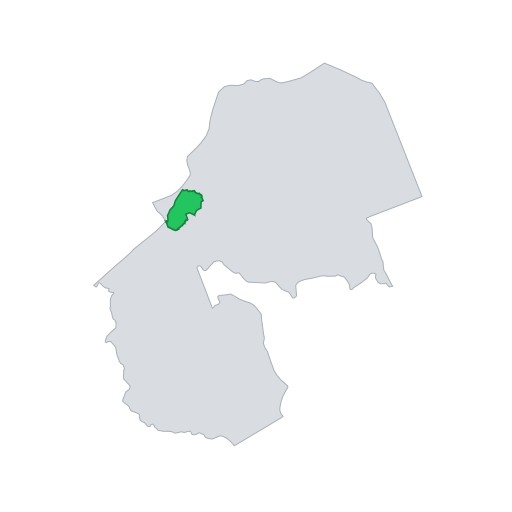 Rufunsa, Lusaka, Zambia (highlighted), rotated 159°
{"feature_id": "96606910B83885559265483", "entity_name": "Rufunsa", "entity_type": "district", "adm_level": 2, "iso_a3": "ZMB", "parent_name": "Zambia", "parent_adm1": "Lusaka", "projection": "robinson", "projection_center": [29.511, -15.164], "detail": "fine", "context": "in_parent", "style": "filled", "palette": "green", "viewbox_px": 512, "rotation_deg": 159, "n_neighbors": 0, "source": "geoboundaries", "source_scale": "gbopen_adm2", "svg_char_len": 7970}
<svg xmlns="http://www.w3.org/2000/svg" viewBox="0 0 512 512"><g transform="rotate(159 256 256)"><path d="M333.4,342.9L313.4,342.9L306.1,344.7L300.1,347.5L293.0,351.8L288.9,354.7L287.7,356.4L287.2,360.1L287.2,365.7L286.5,369.7L284.3,373.5L273.5,378.0L266.4,381.6L259.5,386.0L254.2,391.6L250.6,398.6L244.7,407.2L232.2,422.5L225.0,425.4L219.0,424.7L211.7,421.5L205.8,420.9L201.6,422.9L197.6,422.3L193.9,419.1L190.9,417.9L188.4,418.8L185.2,418.6L179.4,416.9L174.4,411.4L171.7,409.1L169.6,408.3L163.6,407.4L149.9,406.1L135.7,408.8L123.1,411.6L110.3,399.4L97.9,386.5L95.3,383.2L90.6,378.9L87.2,376.8L85.9,375.7L82.5,364.2L80.6,353.6L79.7,252.0L135.9,252.0L139.5,251.6L139.7,250.5L137.1,245.0L137.2,243.1L137.9,239.4L140.3,232.1L140.4,229.6L139.3,221.6L139.3,217.1L139.9,208.1L139.5,205.0L140.8,201.0L141.3,198.3L141.8,197.1L141.1,194.0L139.9,183.2L139.3,178.7L142.6,179.4L143.8,181.6L144.4,184.0L146.0,184.2L150.0,185.6L151.4,187.6L152.3,191.9L151.8,194.1L150.5,195.9L151.8,197.5L154.5,198.6L156.0,198.2L160.5,195.3L164.7,194.2L166.8,193.4L176.1,191.5L178.0,190.5L179.3,190.5L180.2,191.3L179.4,194.3L179.1,197.1L180.3,202.2L181.1,204.6L183.1,206.3L184.5,207.2L186.1,209.1L189.3,208.8L196.4,211.4L198.6,212.6L201.6,213.8L203.7,214.2L211.1,215.1L218.8,216.6L222.9,216.7L225.7,216.4L227.7,215.6L228.9,214.8L229.5,214.1L232.4,204.3L233.9,203.6L235.8,203.1L236.9,204.0L238.2,210.1L243.8,215.6L245.7,220.3L247.1,224.3L248.4,225.4L250.5,226.7L253.9,227.2L256.9,227.4L272.0,234.1L273.7,235.4L275.5,239.0L276.7,243.1L277.9,246.3L279.8,246.9L281.5,247.2L283.3,249.4L284.6,251.3L289.0,259.3L289.7,262.5L291.8,264.6L294.8,265.5L297.5,265.7L299.1,264.7L302.9,263.1L305.9,261.2L308.1,260.5L309.4,260.9L310.4,262.2L311.1,266.2L313.2,267.6L314.8,267.0L315.4,265.5L315.4,264.7L315.4,222.9L314.0,223.2L312.3,224.4L308.3,224.5L306.7,225.4L306.2,226.7L306.5,228.5L306.6,230.8L306.0,231.9L304.3,232.4L301.8,231.5L297.2,230.3L293.3,229.6L290.6,226.4L286.9,221.7L284.4,219.3L278.5,214.4L277.5,213.4L275.8,211.1L274.2,207.2L272.8,202.6L272.0,199.8L273.4,195.3L276.8,180.9L277.6,176.4L280.4,171.8L280.6,167.7L279.5,162.4L279.8,159.5L280.2,142.9L279.4,137.7L277.4,131.9L273.2,123.8L273.2,122.1L279.7,116.8L281.7,114.9L285.1,110.6L287.4,107.0L288.9,104.0L289.4,100.3L288.3,96.6L290.5,95.9L344.4,86.6L345.1,89.1L346.8,93.2L348.6,96.2L350.9,98.9L352.9,100.5L354.2,101.0L362.5,100.8L365.5,102.4L368.1,104.5L368.7,107.7L370.4,109.6L372.3,111.2L373.1,111.4L374.4,111.0L376.6,111.0L378.7,111.7L379.7,112.4L379.8,115.0L380.4,116.2L383.2,116.7L386.1,116.9L388.8,118.7L391.8,119.0L395.3,119.7L396.9,121.7L400.5,123.7L405.0,125.4L410.0,128.4L410.1,129.3L410.9,131.0L411.8,132.2L411.8,134.1L412.3,135.8L413.5,136.2L414.6,136.3L415.5,135.1L416.9,135.1L418.3,135.9L418.8,137.8L419.9,140.5L421.8,142.3L423.0,144.0L422.6,147.2L421.8,150.1L424.2,152.9L427.5,155.6L428.3,156.8L428.6,160.8L429.0,162.2L431.2,165.6L432.3,167.8L432.2,169.1L426.3,175.7L422.7,176.7L421.1,178.1L420.1,179.5L422.5,186.1L423.7,188.6L422.6,191.7L420.3,197.0L419.2,197.5L419.0,201.6L419.7,203.0L420.9,204.2L421.3,206.9L421.2,213.7L419.7,221.4L422.3,228.2L423.2,228.9L426.9,228.9L427.5,229.5L426.7,231.4L424.1,234.4L419.4,236.7L412.7,239.2L411.3,241.7L410.4,245.2L411.1,247.3L412.0,248.5L411.7,251.6L411.1,254.9L411.3,257.4L411.0,259.7L410.1,260.8L408.9,264.2L407.5,267.7L406.3,269.2L404.7,270.9L402.0,272.3L402.1,273.0L405.1,274.5L405.8,275.6L406.1,276.4L404.8,278.1L406.2,279.2L407.9,280.1L409.5,282.4L411.3,286.7L411.7,287.1L412.2,287.2L413.2,286.7L415.0,285.0L416.4,284.3L418.0,286.8L390.0,297.5L383.4,299.7L373.6,303.4L370.4,304.8L367.8,306.2L341.8,314.5L337.7,316.2L328.5,320.4L328.2,321.1L328.3,323.1L329.1,327.1L330.7,330.7L332.1,332.8L332.9,338.2L333.4,342.9Z" fill="#d9dde1" stroke="#a8b0b8" stroke-width="1"/><path d="M285.6,326.6L285.7,326.9L285.7,327.0L285.8,327.1L285.8,327.3L285.7,327.5L285.5,328.0L285.5,328.3L285.5,328.5L285.5,328.9L285.6,329.1L285.5,329.3L285.6,329.6L285.7,330.1L285.8,330.3L285.6,330.6L285.4,330.8L285.5,330.8L285.4,330.9L285.3,331.1L285.2,331.1L285.2,331.3L285.1,331.5L285.2,331.9L285.2,332.0L285.2,332.3L285.3,332.4L285.2,332.4L285.2,332.5L285.4,332.4L285.3,332.5L285.5,332.7L285.6,332.9L285.7,333.0L285.9,333.4L285.9,333.5L286.0,333.7L286.1,333.8L286.3,334.2L286.3,334.3L286.4,334.5L286.4,334.4L286.4,334.5L286.5,334.8L286.7,334.7L286.8,334.6L287.2,334.8L287.3,334.9L287.4,335.0L287.5,334.9L287.7,335.2L287.8,335.3L288.1,335.6L288.3,335.7L288.5,335.8L288.7,336.0L288.8,335.9L288.9,336.1L289.1,336.2L289.2,336.4L289.3,336.5L289.5,336.6L289.4,336.6L289.6,337.1L289.8,337.1L290.0,337.0L290.1,337.3L290.0,337.5L290.1,337.8L289.9,337.8L289.9,338.0L290.0,338.0L290.1,338.4L290.1,338.6L290.0,338.9L290.0,339.0L290.3,339.1L290.6,339.2L290.7,339.3L290.8,339.3L291.0,339.2L291.3,339.2L291.6,339.4L291.7,339.2L291.8,339.2L292.0,339.2L292.3,339.1L292.5,339.3L292.8,339.4L293.0,339.4L293.3,339.7L293.3,339.8L293.5,339.9L293.6,340.1L294.1,340.4L294.3,340.3L294.6,340.3L294.8,340.4L294.8,340.5L295.0,340.6L295.3,340.5L295.6,340.4L295.8,340.5L295.8,340.4L296.0,340.5L296.1,340.8L296.2,341.1L296.3,341.1L296.5,341.2L296.6,341.3L296.5,341.5L296.4,341.6L296.3,341.8L296.3,342.0L296.4,342.3L296.5,342.3L296.9,342.4L297.0,342.4L297.2,342.6L297.3,342.5L297.5,342.6L298.0,342.6L298.3,342.6L298.6,342.7L298.7,342.8L298.8,342.8L299.0,342.8L299.2,342.7L299.3,342.8L299.5,342.8L299.8,342.8L300.0,342.9L300.1,343.1L300.1,343.3L300.3,343.5L300.4,343.4L300.7,343.9L300.9,343.9L300.9,344.0L300.7,344.2L300.8,344.3L302.3,343.2L307.3,339.6L307.5,339.4L310.6,337.2L311.6,336.4L314.8,332.2L319.7,329.9L321.3,328.2L322.3,327.2L324.1,325.5L324.2,325.4L324.6,323.2L325.5,320.7L325.8,320.3L326.1,320.3L326.2,320.2L326.2,320.3L326.3,320.3L326.3,320.2L326.4,320.3L326.6,320.4L326.7,320.5L326.7,320.4L326.8,320.4L326.8,320.5L327.0,320.5L327.3,320.6L327.4,320.4L327.4,320.5L327.5,320.6L327.8,320.5L328.0,320.7L328.0,320.4L327.9,320.1L327.9,319.9L328.0,319.8L328.0,319.7L327.7,319.1L327.7,318.5L327.6,318.3L327.5,318.0L327.5,317.8L327.5,317.7L327.7,317.4L327.8,317.1L327.7,316.8L327.7,316.7L327.8,316.6L327.8,316.4L327.7,315.7L327.8,315.6L327.8,315.2L327.5,314.6L327.6,314.4L327.3,314.3L327.2,314.3L327.0,314.2L327.1,313.8L326.9,313.7L326.8,313.4L326.7,313.3L326.4,313.2L326.2,313.1L326.1,312.9L325.8,312.8L325.7,312.4L325.3,312.1L325.2,311.8L325.1,311.7L324.9,311.3L324.8,311.2L324.6,311.2L324.4,310.9L324.3,310.6L323.9,310.6L323.8,310.4L323.7,310.3L323.3,310.4L323.2,310.3L323.2,310.2L323.3,310.0L323.3,309.9L323.0,309.3L322.8,309.3L322.4,309.1L322.1,308.9L321.8,308.8L321.7,308.6L321.4,308.8L321.2,308.7L320.9,308.7L320.7,308.5L320.3,308.5L320.2,308.6L320.2,308.9L320.3,308.9L320.3,309.0L319.8,309.3L319.7,309.1L319.5,309.4L319.4,309.4L319.3,309.5L319.1,309.5L319.0,309.4L318.9,309.1L318.8,308.7L318.5,308.6L318.4,308.8L318.3,309.2L318.4,309.4L318.3,309.6L318.1,309.7L318.0,309.8L317.9,309.9L317.7,309.8L317.5,310.1L317.4,310.2L317.2,310.1L316.8,310.3L316.6,310.3L316.5,310.2L316.4,310.1L316.2,310.2L315.9,310.2L315.5,310.5L315.4,310.7L315.1,310.8L314.8,311.0L314.6,311.1L314.4,310.9L314.0,310.7L313.8,311.1L313.7,311.1L313.4,311.1L313.4,311.3L313.2,311.4L312.9,311.5L312.7,311.7L312.7,311.9L312.6,312.0L312.4,312.0L312.3,311.9L312.2,312.0L312.0,311.9L311.9,312.0L311.6,312.1L311.4,312.2L311.2,312.1L311.3,312.3L311.2,312.5L310.9,312.6L310.7,312.7L310.6,312.8L310.3,312.9L310.3,313.0L310.4,313.3L310.2,313.4L310.0,313.2L309.8,313.2L309.7,313.2L309.7,313.3L309.7,313.5L309.3,313.6L309.2,313.8L309.0,314.0L308.9,314.3L309.0,314.3L309.1,314.5L308.9,314.6L308.7,314.3L308.4,314.3L308.5,314.4L308.5,314.5L308.4,314.5L308.1,314.3L307.7,314.5L307.4,314.4L307.3,314.1L307.1,314.2L307.1,314.4L306.9,314.5L306.6,314.6L306.6,320.1L302.5,320.2L298.8,316.2L298.8,316.3L298.7,316.4L298.7,316.5L298.4,316.6L298.2,316.8L298.1,317.1L297.9,317.2L296.4,318.7L295.2,319.8L291.6,320.4L290.4,320.4L290.3,320.7L290.1,320.9L287.6,326.5L287.3,326.5L286.7,326.4L286.4,326.5L286.2,326.5L285.7,326.6L285.6,326.6Z" fill="#22c55e" stroke="#15803d" stroke-width="1.5"/></g></svg>